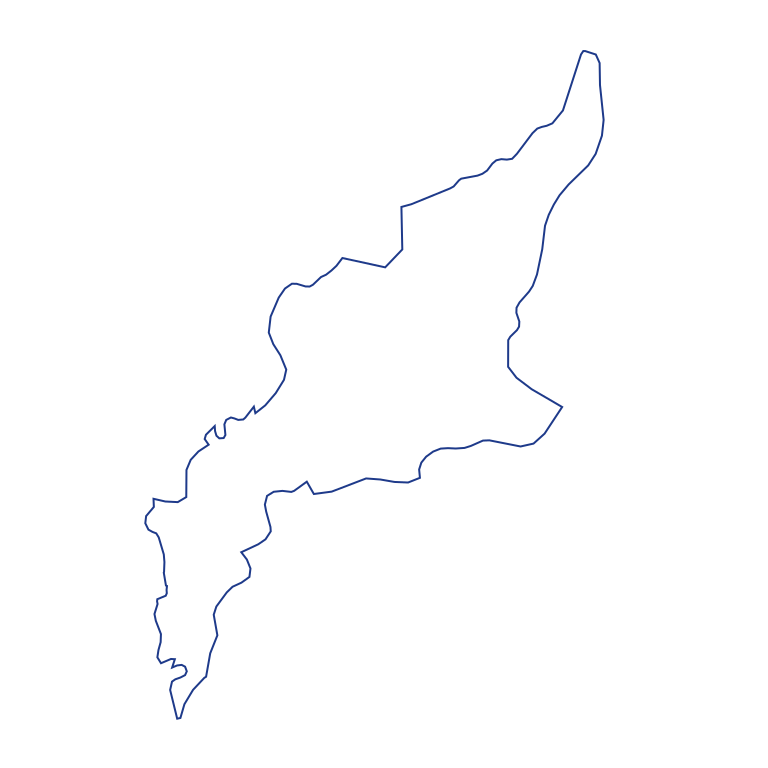 SVG path tracing the border of Iloilo, rotated 167°
{"feature_id": "PHL-2529", "entity_name": "Iloilo", "entity_type": "Province", "adm_level": 1, "iso_a3": "PHL", "parent_name": "Philippines", "parent_adm1": "", "projection": "orthographic", "projection_center": [122.71, 11.03], "detail": "fine", "context": "isolated", "style": "outline", "palette": "blue", "viewbox_px": 768, "rotation_deg": 167, "n_neighbors": 0, "source": "natural_earth", "source_scale": "10m", "svg_char_len": 2422}
<svg xmlns="http://www.w3.org/2000/svg" viewBox="0 0 768 768"><g transform="rotate(167 384 384)"><path d="M327.2,552.6L317.0,553.0L275.6,559.7L271.7,560.8L265.1,565.6L262.6,566.7L246.0,566.0L240.8,566.7L235.5,568.8L228.8,574.4L224.3,576.7L219.1,576.7L213.8,575.0L208.5,574.6L202.7,578.4L182.9,595.0L177.2,598.4L172.4,599.0L167.4,599.0L161.3,600.1L148.1,610.3L117.9,660.8L114.9,663.6L113.0,663.1L103.5,657.4L101.7,648.2L106.3,626.7L110.6,591.9L115.8,576.9L126.0,560.6L135.8,551.1L159.2,536.9L170.5,528.4L178.1,520.7L185.4,511.8L191.5,502.0L199.5,479.7L210.3,456.3L217.0,446.1L221.9,441.4L233.6,433.0L237.7,428.5L239.0,423.6L238.1,414.4L239.5,409.5L242.3,406.6L250.3,401.7L253.1,398.8L259.2,372.8L253.5,360.3L241.3,345.7L215.6,321.5L238.7,299.5L251.7,292.3L265.0,292.4L294.0,305.4L300.3,306.6L313.4,304.1L319.9,303.6L328.6,305.0L336.1,307.1L343.3,308.3L351.3,307.1L359.3,303.7L365.3,299.0L369.0,292.8L370.1,284.5L382.7,282.6L395.8,286.2L409.1,291.8L422.7,296.0L459.2,290.9L477.1,292.6L481.2,306.2L495.6,300.1L498.6,299.7L507.0,302.7L515.7,303.8L523.1,301.3L527.2,293.3L527.5,286.2L526.8,270.2L527.5,265.9L534.4,259.3L542.6,256.1L560.9,252.2L557.1,243.8L555.6,234.3L558.5,226.3L567.6,222.5L577.2,220.5L584.1,216.3L597.4,204.9L601.8,197.5L602.9,176.6L613.9,160.7L623.2,138.8L625.2,138.1L638.8,129.0L650.5,116.9L657.5,104.4L660.8,104.4L661.2,134.0L657.5,141.7L653.8,143.2L648.4,143.8L643.3,145.1L640.8,148.4L641.4,153.3L644.3,155.8L648.9,156.3L654.2,155.4L649.7,162.9L653.4,164.0L664.1,162.1L666.3,168.7L663.6,175.5L659.7,182.7L657.6,190.5L659.6,204.6L659.4,211.5L654.1,220.6L654.0,223.3L653.3,225.3L644.3,226.8L642.7,229.0L642.2,232.2L640.9,236.0L641.8,236.7L641.0,249.8L640.6,250.3L638.0,259.9L636.9,267.5L638.0,285.2L639.5,289.7L642.9,292.0L646.3,295.1L647.9,302.0L645.5,308.8L635.9,316.0L634.4,324.0L623.5,318.7L611.5,315.3L602.1,318.3L595.8,344.7L589.4,353.6L580.0,360.0L568.5,364.3L571.1,370.7L568.9,374.6L558.4,381.1L559.2,376.1L558.9,371.3L556.7,368.1L552.4,367.4L550.0,370.0L548.6,380.6L545.8,384.5L540.7,385.8L537.5,384.1L534.1,381.8L529.1,381.1L526.7,382.4L515.9,391.2L515.9,384.5L504.5,389.9L491.5,399.5L480.5,410.6L476.0,420.0L478.5,435.3L482.9,447.7L484.7,460.0L479.3,475.2L467.1,491.9L459.0,499.3L451.2,502.4L446.6,501.3L438.5,496.7L434.5,495.7L430.9,496.7L421.3,502.4L415.9,503.5L409.7,506.4L403.8,509.8L396.2,516.1L356.6,497.4L335.9,511.0L327.2,552.6Z" fill="none" stroke="#1e3a8a" stroke-width="2"/></g></svg>